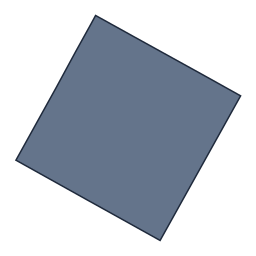 the district of Boone, Iowa, United States of America, rotated 209°
{"feature_id": "52423323B40017288212337", "entity_name": "Boone", "entity_type": "district", "adm_level": 2, "iso_a3": "USA", "parent_name": "United States of America", "parent_adm1": "Iowa", "projection": "orthographic", "projection_center": [-93.897, 42.037], "detail": "fine", "context": "isolated", "style": "filled", "palette": "slate", "viewbox_px": 256, "rotation_deg": 209, "n_neighbors": 0, "source": "geoboundaries", "source_scale": "gbopen_adm2", "svg_char_len": 307}
<svg xmlns="http://www.w3.org/2000/svg" viewBox="0 0 256 256"><g transform="rotate(209 128 128)"><path d="M45.1,210.7L86.4,210.8L169.0,210.7L210.9,210.7L210.8,201.1L210.8,169.1L210.4,129.0L210.4,45.5L127.9,45.3L110.8,45.3L45.4,45.2L45.1,210.7Z" fill="#64748b" stroke="#1e293b" stroke-width="1.5"/></g></svg>